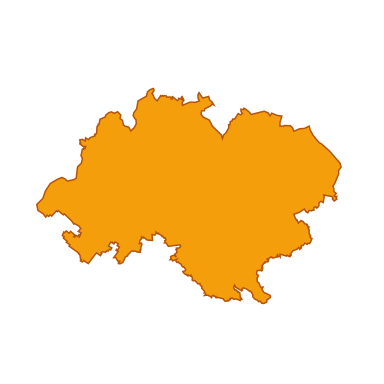 Benito Juárez, Veracruz, Mexico (Robinson projection), rotated 118°
{"feature_id": "50627088B60276405094260", "entity_name": "Benito Juárez", "entity_type": "district", "adm_level": 2, "iso_a3": "MEX", "parent_name": "Mexico", "parent_adm1": "Veracruz", "projection": "robinson", "projection_center": [-98.167, 20.817], "detail": "fine", "context": "isolated", "style": "filled", "palette": "amber", "viewbox_px": 384, "rotation_deg": 118, "n_neighbors": 0, "source": "geoboundaries", "source_scale": "gbopen_adm2", "svg_char_len": 6000}
<svg xmlns="http://www.w3.org/2000/svg" viewBox="0 0 384 384"><g transform="rotate(118 192 192)"><path d="M101.0,232.4L102.9,232.5L106.1,230.9L108.1,228.2L111.2,231.1L113.7,236.0L119.9,241.1L117.7,242.7L114.8,242.2L112.4,245.5L113.7,245.9L115.0,243.5L115.6,247.8L116.9,247.3L118.2,248.0L117.0,253.8L119.2,253.2L119.6,254.1L118.0,254.5L118.1,255.4L120.0,258.7L119.3,260.0L120.0,261.8L120.9,262.5L120.7,263.4L121.8,263.9L121.6,264.9L127.8,265.5L127.0,269.1L124.1,272.5L123.9,273.6L120.4,273.1L119.0,274.2L118.7,274.8L121.3,277.0L124.3,278.3L128.8,277.2L137.0,282.4L144.6,279.9L149.4,280.6L152.2,279.8L154.1,276.9L154.3,275.6L157.7,273.3L162.1,273.2L166.8,274.6L164.4,278.4L165.3,282.0L165.0,283.9L161.4,287.1L160.9,290.1L157.5,291.0L156.0,295.3L159.0,297.6L159.1,300.8L161.1,302.8L164.7,304.3L166.5,303.8L171.0,307.4L175.5,306.0L176.2,306.7L176.7,306.0L178.7,306.6L185.3,303.7L186.8,305.1L187.9,304.0L191.9,307.5L194.3,308.0L194.2,311.3L197.0,310.3L197.1,313.8L198.7,315.6L201.0,313.5L201.0,314.0L202.2,313.7L202.9,309.3L201.8,307.2L203.8,306.8L204.2,308.1L205.2,307.7L205.5,308.9L212.0,307.1L213.8,304.5L218.7,303.2L223.4,304.9L234.3,300.7L236.7,302.3L240.9,307.2L240.1,310.2L240.2,313.6L243.8,316.7L251.0,321.1L259.7,321.9L267.8,320.7L275.9,323.2L280.6,319.4L281.1,313.0L282.9,309.4L280.5,309.0L280.9,307.1L278.8,306.4L279.1,304.5L272.3,302.9L272.5,301.6L271.3,301.2L272.6,294.9L271.4,294.6L271.7,292.8L274.0,284.8L275.8,281.3L275.1,281.0L275.1,275.9L276.4,273.1L280.3,273.9L280.1,270.8L282.4,270.5L282.5,271.7L283.6,271.5L283.5,270.4L284.6,270.3L284.8,274.2L287.0,274.4L287.1,275.5L285.0,274.9L283.8,280.7L286.1,281.1L285.4,284.7L287.7,285.5L287.5,286.4L291.3,286.1L291.6,283.8L293.1,284.0L294.1,279.2L295.4,279.4L295.9,275.0L297.5,275.2L299.1,263.3L299.7,263.3L300.4,261.2L303.4,259.1L303.4,258.1L305.2,258.2L305.2,255.9L303.4,255.6L303.9,250.0L290.6,247.8L291.2,243.0L288.6,242.8L288.3,243.8L287.0,243.3L285.8,240.1L283.5,239.5L283.6,238.3L281.3,237.9L281.3,236.6L279.0,236.6L279.0,240.4L274.4,240.2L274.4,238.4L273.9,238.5L274.5,236.6L272.2,236.5L272.3,232.8L274.5,232.9L274.6,230.3L278.1,230.4L277.9,231.6L279.2,231.7L279.2,229.2L286.7,230.3L285.7,228.5L287.8,225.2L287.1,223.4L289.2,223.8L289.8,223.3L288.8,221.5L286.6,220.0L280.5,220.3L278.6,218.8L277.4,219.1L272.7,217.6L270.7,214.3L270.8,212.3L269.4,209.3L267.9,210.7L267.5,210.0L264.2,211.4L261.6,211.6L260.9,212.9L262.4,214.2L259.1,215.3L257.5,214.7L255.3,215.5L255.8,213.7L254.6,213.7L255.5,209.2L253.3,204.1L248.3,207.3L247.5,204.5L245.6,204.2L244.3,205.0L244.9,202.6L244.1,202.2L244.7,201.4L244.5,199.5L245.3,197.5L244.7,197.2L245.9,195.0L245.1,194.0L246.5,192.6L247.9,193.3L248.8,192.2L249.8,192.4L249.1,191.0L251.1,187.4L244.2,177.7L245.5,176.5L247.6,177.2L248.8,179.3L249.6,178.3L250.3,179.2L252.2,176.8L255.0,178.0L256.8,175.4L256.1,178.0L258.0,179.9L259.1,180.5L260.2,179.4L262.0,179.6L261.1,178.3L261.9,176.7L258.5,173.9L260.0,174.1L261.0,173.1L261.3,172.1L260.2,171.2L261.0,169.7L260.8,167.9L262.2,166.1L262.5,164.5L262.0,164.1L263.3,161.2L264.6,160.9L266.5,162.8L267.3,161.8L267.8,159.0L267.3,157.9L267.9,157.4L267.2,156.5L267.9,156.1L266.0,153.9L266.9,153.8L266.8,152.4L267.9,151.1L269.6,150.7L269.9,149.3L268.8,148.3L270.3,143.5L269.2,141.9L270.5,140.9L270.8,138.9L272.5,138.2L273.2,135.7L274.0,134.2L275.1,133.9L274.6,133.6L275.8,132.0L277.5,132.4L275.7,129.7L275.7,126.4L276.5,124.5L275.4,125.9L273.3,124.8L273.7,123.9L273.0,121.9L274.1,121.6L273.7,120.3L273.0,120.1L271.7,114.3L272.9,112.0L272.6,110.9L270.9,108.6L270.5,109.1L269.0,107.6L268.3,108.4L267.6,107.9L266.8,106.4L267.2,105.1L265.6,102.6L265.2,98.6L264.4,98.9L264.6,98.5L263.3,97.6L261.8,100.3L258.5,102.5L258.4,104.4L258.9,104.6L257.7,106.7L258.4,107.9L258.0,108.9L256.5,110.5L254.3,110.6L255.5,108.9L256.0,101.6L254.6,101.5L254.2,102.4L252.6,101.8L252.0,98.7L252.6,93.9L252.1,93.5L253.9,90.4L256.1,88.9L257.1,86.1L256.8,83.3L257.6,81.6L256.4,80.5L257.5,78.4L256.8,76.4L254.2,74.3L252.3,75.2L248.3,73.3L247.1,74.0L246.6,74.5L246.9,81.5L244.8,84.9L242.6,84.6L243.8,86.7L240.8,90.4L240.4,92.4L237.1,94.3L235.8,93.9L234.3,94.6L234.6,95.8L234.1,96.5L230.7,97.5L228.9,94.5L229.2,93.8L228.3,93.1L226.7,93.5L227.0,94.7L225.9,95.1L225.0,94.3L224.3,95.7L223.0,95.1L221.3,95.4L220.5,94.2L219.4,94.9L218.3,92.6L216.8,93.0L216.0,94.3L215.3,93.8L216.3,92.4L214.6,93.0L212.8,92.1L212.8,91.5L212.0,91.5L212.3,89.6L210.6,87.6L208.9,86.3L208.5,87.0L207.4,86.9L209.0,85.7L207.5,84.6L207.9,83.7L205.6,85.0L204.2,78.5L203.3,78.5L203.4,76.0L202.3,76.0L202.7,75.1L201.0,74.8L200.6,75.8L196.5,75.4L193.1,72.3L190.9,71.8L192.0,69.9L189.3,70.0L189.5,69.5L187.9,70.4L187.1,68.8L184.1,68.3L184.2,65.8L182.6,65.3L182.4,64.2L181.2,63.7L176.7,64.3L177.0,65.3L176.2,66.8L175.2,66.5L173.2,69.6L170.9,70.4L169.4,72.4L169.3,71.9L167.8,72.4L167.7,74.9L166.5,75.1L167.1,77.6L165.9,79.9L166.0,82.4L169.5,83.5L167.4,86.1L167.9,86.3L166.4,88.7L163.8,91.6L160.1,88.1L154.3,84.8L155.9,82.3L156.0,80.0L153.4,79.9L152.4,77.4L151.5,77.3L151.0,75.8L148.2,77.1L147.0,75.6L147.7,74.6L146.8,73.8L144.4,73.5L142.1,74.7L140.3,74.2L139.7,73.6L139.7,71.2L134.1,73.1L132.8,74.3L130.3,66.2L130.8,65.1L132.3,64.7L133.2,62.2L130.3,60.8L130.2,61.4L127.9,62.2L128.8,63.0L128.6,64.5L125.5,64.0L125.1,66.9L122.3,68.4L120.8,70.3L117.2,70.0L107.1,71.0L104.1,72.7L100.2,72.0L97.2,74.5L91.3,89.8L88.7,100.6L88.8,102.5L87.1,107.2L84.8,112.2L81.6,117.0L78.8,119.5L83.0,122.5L85.8,126.8L90.6,130.6L88.2,133.2L87.3,136.3L90.1,141.9L91.0,142.1L92.6,145.2L89.6,146.9L82.8,148.3L84.4,152.9L85.0,158.6L88.1,158.8L86.4,161.9L86.8,166.2L95.8,176.2L94.6,178.8L93.6,183.8L93.7,185.4L94.8,185.1L96.0,187.7L98.0,186.4L99.1,184.3L101.1,185.5L101.1,188.1L107.0,188.5L108.0,189.0L108.5,190.4L110.2,190.0L112.0,191.2L115.0,190.0L115.5,191.2L118.1,189.7L123.4,189.7L127.1,190.9L130.5,190.2L127.7,193.1L124.4,204.7L120.4,210.4L120.6,217.0L119.2,220.5L115.9,221.6L114.4,219.2L112.4,219.7L107.4,216.1L104.9,215.6L104.9,213.6L103.1,216.5L102.4,219.7L99.8,222.2L104.1,226.7L101.0,232.4Z" fill="#f59e0b" stroke="#b45309" stroke-width="1.5"/></g></svg>